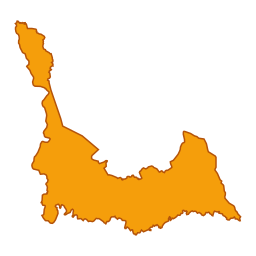 outline of Xaysetha, Attapu, Laos
{"feature_id": "54806243B4321376255205", "entity_name": "Xaysetha", "entity_type": "district", "adm_level": 2, "iso_a3": "LAO", "parent_name": "Laos", "parent_adm1": "Attapu", "projection": "robinson", "projection_center": [107.034, 14.975], "detail": "fine", "context": "isolated", "style": "filled", "palette": "amber", "viewbox_px": 256, "rotation_deg": 0, "n_neighbors": 0, "source": "geoboundaries", "source_scale": "gbopen_adm2", "svg_char_len": 5773}
<svg xmlns="http://www.w3.org/2000/svg" viewBox="0 0 256 256"><path d="M16.6,33.2L18.4,34.5L19.1,36.4L19.3,39.1L18.7,40.5L18.6,43.1L19.5,44.5L20.1,47.6L22.6,52.5L25.2,53.9L26.4,58.3L28.8,60.9L29.0,62.0L28.8,64.5L27.2,65.7L26.7,66.5L29.9,70.3L31.1,73.5L33.5,77.0L33.6,78.5L32.6,82.0L33.2,84.8L34.1,85.7L35.0,86.2L40.5,86.4L44.8,87.9L45.2,88.7L45.9,88.8L46.6,89.9L49.0,92.0L48.9,93.1L48.1,94.5L46.8,95.7L43.9,99.8L42.5,101.2L42.1,103.3L42.5,105.3L43.3,106.7L44.1,107.1L44.7,107.9L46.5,113.8L46.7,115.7L45.8,121.1L47.4,124.5L46.7,127.5L43.9,131.2L43.4,132.9L44.2,134.6L44.4,136.0L45.3,137.1L49.4,138.1L50.1,138.8L50.1,139.3L48.7,141.4L47.5,142.3L44.9,142.2L42.8,141.4L41.8,141.8L40.5,144.0L40.2,146.7L37.9,152.3L35.6,155.9L34.5,156.8L34.1,158.4L33.9,161.1L32.1,164.1L31.9,165.8L32.5,167.9L33.4,169.0L38.8,170.3L40.4,174.2L44.1,173.9L46.1,174.9L46.8,176.1L47.0,178.6L47.9,179.5L48.0,180.2L47.4,182.3L46.3,183.2L45.9,184.1L46.9,185.6L47.4,187.3L47.0,190.4L47.8,191.2L47.0,192.7L47.4,192.9L46.9,193.9L43.8,194.2L42.4,195.2L42.1,200.6L41.2,202.6L42.1,202.8L42.1,203.9L42.8,205.2L44.9,205.5L45.2,206.1L45.1,207.1L44.3,209.2L43.8,214.2L43.1,215.0L41.9,215.4L43.4,218.1L45.4,220.6L48.3,220.8L50.1,222.9L50.9,223.2L52.5,223.3L53.9,222.2L55.5,219.8L58.0,213.5L57.8,210.7L57.2,210.1L57.2,209.4L56.9,209.1L57.0,207.7L56.0,207.4L55.7,206.5L55.3,206.2L55.8,205.2L58.2,204.2L58.7,204.5L59.5,205.8L59.9,206.7L59.6,207.7L60.2,208.2L60.8,207.6L60.9,206.6L61.6,204.8L62.3,204.8L64.3,206.2L64.5,207.1L66.1,209.4L66.6,211.0L66.3,211.9L64.3,214.2L64.5,214.7L65.6,214.8L67.7,213.4L70.1,212.5L71.3,209.9L72.5,209.2L73.2,209.9L73.5,211.1L73.1,212.1L73.0,214.9L72.2,216.1L72.5,216.9L73.2,217.1L74.7,215.1L76.5,214.9L77.3,215.6L77.5,218.3L77.8,218.9L81.0,218.6L83.2,220.6L84.2,219.2L85.1,218.8L86.6,219.5L88.4,221.5L90.0,221.1L92.5,221.6L93.8,221.0L96.2,218.4L97.7,218.7L99.1,218.6L103.2,221.5L104.3,222.9L105.2,223.2L105.8,223.8L107.0,221.5L108.5,221.5L109.7,220.5L110.8,217.6L111.8,216.8L113.2,216.9L115.0,216.3L115.3,217.6L116.4,218.0L117.4,219.2L119.0,218.0L120.3,218.4L121.5,219.0L122.3,220.4L125.2,220.6L125.8,221.0L126.0,222.5L124.7,227.7L125.1,228.5L126.0,228.5L126.6,227.3L127.1,227.0L128.9,228.3L130.5,230.7L131.7,229.8L132.5,229.9L133.3,233.1L134.0,234.0L135.1,234.0L135.3,234.7L136.0,234.9L136.4,234.7L137.6,232.7L139.1,232.9L140.0,232.6L141.5,230.0L143.5,231.8L148.4,229.6L149.6,230.4L150.8,230.5L150.9,229.8L149.5,229.2L149.2,228.8L150.6,227.3L152.4,227.0L153.2,225.3L154.4,226.2L155.3,225.3L156.1,225.6L156.5,225.0L157.1,224.7L158.4,226.0L158.9,227.5L159.9,227.1L160.1,228.2L160.5,228.3L162.0,227.5L162.4,226.0L163.7,224.0L165.2,222.5L168.6,220.9L168.8,220.0L168.4,219.0L169.5,216.8L170.6,217.5L170.0,219.5L170.6,220.3L172.5,218.2L173.4,218.7L175.0,217.8L176.7,216.5L177.7,215.1L179.5,215.3L180.3,215.0L181.0,213.4L182.2,213.4L182.7,213.0L182.9,212.1L182.5,211.0L183.2,210.3L184.1,210.5L185.0,211.4L186.3,210.9L187.0,211.6L186.3,213.4L186.8,214.6L188.4,214.2L189.3,212.9L190.9,211.5L192.3,210.9L193.2,211.6L194.7,211.2L195.9,211.4L197.4,213.2L199.2,212.5L201.1,213.8L201.6,214.8L203.4,215.6L205.0,214.5L206.0,212.5L207.8,212.7L208.6,212.2L209.3,212.5L209.8,213.6L211.3,214.5L211.9,215.4L212.8,215.8L213.6,212.8L214.5,211.2L217.3,212.0L219.0,211.5L219.3,211.7L218.8,212.8L218.9,213.1L222.4,213.9L223.1,215.5L225.2,216.5L225.9,217.5L226.7,218.0L226.6,219.1L227.6,219.8L229.2,220.0L230.7,218.3L233.1,218.1L234.3,217.0L234.7,217.3L235.3,219.0L237.1,219.0L239.5,220.8L240.2,220.7L239.6,218.2L240.6,216.8L237.9,213.9L236.9,211.8L235.7,210.8L235.2,209.8L234.6,207.2L233.7,205.8L229.2,203.2L225.0,198.3L224.8,196.4L225.3,195.0L225.4,192.8L224.3,191.0L223.7,185.8L223.3,185.0L221.1,183.0L221.7,181.1L220.1,179.8L217.4,173.5L215.0,170.1L215.0,169.3L216.0,167.3L216.0,157.3L215.3,156.1L208.4,151.8L207.8,150.2L206.4,143.7L204.0,139.0L198.7,138.2L196.9,136.6L194.5,135.9L190.6,133.5L184.6,131.4L183.8,131.4L183.4,132.0L183.3,134.2L184.5,139.4L184.6,141.9L184.1,142.5L182.6,143.1L181.7,144.2L180.5,147.0L180.2,149.6L179.5,151.4L178.1,154.3L173.4,160.3L170.3,161.8L170.6,163.7L171.7,166.3L171.8,167.5L168.4,169.9L167.1,170.4L166.3,170.3L165.3,171.0L164.4,172.6L163.1,172.1L161.9,170.9L161.3,170.9L159.7,172.1L159.2,172.0L156.8,168.8L153.8,167.5L152.9,166.5L151.7,166.0L148.4,166.9L147.6,167.9L145.8,168.9L143.4,167.9L142.1,168.9L140.5,171.2L139.8,171.4L139.4,172.5L141.8,178.1L141.6,178.5L139.7,179.4L138.8,178.6L138.5,179.3L137.5,178.7L136.9,177.6L136.2,177.2L135.7,177.1L135.1,177.4L134.4,177.2L133.3,175.3L132.3,175.3L131.8,175.7L131.8,176.3L130.7,177.0L129.6,177.0L129.5,176.6L128.0,176.4L127.4,176.6L127.0,176.9L126.9,177.9L126.1,178.5L125.2,179.0L122.7,179.1L122.8,179.8L122.3,179.9L121.7,179.5L121.6,178.4L120.2,177.5L117.6,178.4L116.9,177.6L111.9,175.5L109.5,174.9L108.0,174.9L104.0,168.2L106.2,166.4L106.0,162.8L107.1,161.6L107.1,160.7L106.0,160.6L103.8,162.1L99.5,163.6L98.4,162.5L98.2,161.2L93.9,160.1L92.2,159.2L91.6,158.4L91.6,156.5L92.0,155.5L98.4,149.6L82.2,135.9L62.7,126.1L60.7,118.6L50.9,90.0L49.1,82.8L49.0,81.0L47.6,80.2L47.8,79.0L49.5,78.1L50.3,76.9L49.8,73.2L48.9,72.3L49.5,70.8L50.4,70.5L51.4,69.6L51.2,69.3L50.5,69.4L50.1,68.9L50.4,67.2L52.0,66.0L53.0,65.9L52.6,64.9L53.0,64.2L51.6,62.4L52.8,61.8L52.9,60.0L52.4,59.2L52.3,57.6L51.1,53.7L50.2,53.8L49.3,52.8L45.8,50.8L45.4,49.7L43.6,48.9L42.8,46.5L43.0,44.8L43.5,43.5L43.1,42.8L43.4,41.4L42.9,39.9L43.9,39.3L44.8,37.5L44.2,36.3L41.0,34.2L39.3,34.0L38.0,33.1L37.2,33.0L36.7,32.4L36.8,31.5L36.4,31.4L36.4,29.9L35.9,29.2L32.0,28.5L27.5,28.5L26.3,24.0L24.8,24.0L25.3,23.4L25.2,22.7L23.6,22.8L22.9,23.3L22.2,22.6L21.1,23.3L20.7,22.8L19.8,23.2L19.6,23.1L19.8,22.6L18.9,22.3L17.9,21.1L17.0,21.2L16.8,22.7L15.4,23.5L16.5,24.9L16.5,26.4L15.6,27.2L15.5,29.1L15.9,31.6L16.6,33.2Z" fill="#f59e0b" stroke="#b45309" stroke-width="1.5"/></svg>